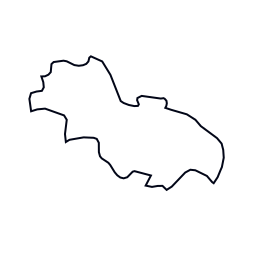 the border of Lecco, rotated 117°
{"feature_id": "ITA-5453", "entity_name": "Lecco", "entity_type": "Province", "adm_level": 1, "iso_a3": "ITA", "parent_name": "Italy", "parent_adm1": "", "projection": "robinson", "projection_center": [9.388, 45.907], "detail": "fine", "context": "isolated", "style": "outline", "palette": "ink", "viewbox_px": 256, "rotation_deg": 117, "n_neighbors": 0, "source": "natural_earth", "source_scale": "10m", "svg_char_len": 1192}
<svg xmlns="http://www.w3.org/2000/svg" viewBox="0 0 256 256"><g transform="rotate(117 128 128)"><path d="M171.3,86.1L159.9,86.0L163.5,102.6L164.8,104.0L172.2,106.3L174.8,109.0L175.6,112.4L175.0,116.1L173.5,119.7L169.0,127.1L167.9,129.7L167.0,137.6L165.9,140.1L162.7,143.0L154.4,147.3L151.9,150.9L152.3,154.1L156.5,163.3L165.1,174.8L168.7,177.0L162.0,181.4L148.5,186.3L145.8,190.7L148.4,210.7L152.6,217.3L157.1,221.9L146.8,229.1L141.0,230.2L137.0,226.0L134.0,221.6L130.0,221.5L125.6,224.3L121.4,228.6L119.6,225.4L116.6,223.1L113.3,222.2L105.8,225.2L103.0,224.2L97.3,216.0L96.4,212.9L96.3,204.4L94.9,200.1L92.5,196.6L89.8,194.3L86.7,193.5L82.9,194.4L81.0,193.6L80.4,181.2L88.6,167.8L107.3,146.7L107.7,143.2L107.1,137.7L105.6,132.3L103.8,129.2L102.0,129.1L99.1,132.5L97.0,133.2L93.2,130.4L86.9,112.2L86.3,111.3L85.8,110.6L85.3,109.9L85.3,108.6L86.3,106.1L88.4,104.6L90.9,103.9L93.1,103.9L92.2,97.9L89.1,81.8L90.1,71.6L93.3,63.9L96.6,44.1L99.4,37.5L104.3,33.2L111.0,29.2L120.2,26.6L123.7,26.4L131.2,25.8L138.3,26.6L138.0,28.5L134.9,35.9L135.1,48.8L136.9,53.5L141.7,56.8L160.4,62.4L165.6,65.5L163.9,71.0L166.2,75.3L169.6,79.9L171.3,86.1Z" fill="none" stroke="#020617" stroke-width="2"/></g></svg>